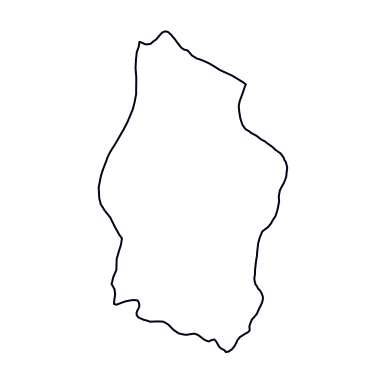 the district of Karluway #2, Maryland, Liberia, rotated 114°
{"feature_id": "62588387B3504103493017", "entity_name": "Karluway #2", "entity_type": "district", "adm_level": 2, "iso_a3": "LBR", "parent_name": "Liberia", "parent_adm1": "Maryland", "projection": "albers", "projection_center": [-7.68, 4.692], "detail": "fine", "context": "isolated", "style": "outline", "palette": "ink", "viewbox_px": 384, "rotation_deg": 114, "n_neighbors": 0, "source": "geoboundaries", "source_scale": "gbopen_adm2", "svg_char_len": 2761}
<svg xmlns="http://www.w3.org/2000/svg" viewBox="0 0 384 384"><g transform="rotate(114 192 192)"><path d="M76.3,301.0L77.5,300.7L81.1,299.7L86.4,299.4L93.4,297.2L101.5,294.1L110.0,289.5L120.4,285.0L125.7,282.7L130.2,281.7L134.1,280.8L140.8,279.7L154.8,279.4L162.7,279.9L174.0,281.1L175.5,281.2L180.2,281.8L187.0,282.8L188.5,283.0L194.4,283.3L198.8,282.9L206.0,282.6L210.4,282.2L214.0,281.8L218.9,280.7L225.8,279.1L231.9,276.0L235.4,274.2L239.0,271.4L240.1,270.6L244.5,264.2L248.4,256.5L254.9,248.7L257.5,245.2L260.6,241.1L262.9,237.1L269.4,235.4L275.8,234.7L277.1,234.5L283.5,233.6L284.0,233.5L294.0,229.4L301.9,229.3L307.0,228.3L308.6,228.2L309.7,226.8L312.5,223.1L317.0,220.5L320.2,219.6L323.8,218.6L326.0,217.6L325.7,215.2L321.4,210.9L319.0,208.3L316.2,204.4L314.3,201.1L313.2,197.6L314.4,195.8L316.8,194.1L318.4,193.5L320.2,193.5L323.0,193.7L325.1,193.5L327.1,192.3L328.4,189.9L328.4,184.9L328.4,184.0L327.9,181.6L327.5,177.5L324.0,170.3L322.2,165.7L322.3,162.7L322.9,159.2L323.3,158.3L325.5,152.8L326.6,146.4L325.6,141.8L324.8,139.1L320.6,132.6L320.2,130.3L320.2,128.6L320.7,125.7L321.5,122.7L321.8,121.5L322.0,118.3L321.7,115.9L318.9,113.5L317.7,111.3L319.1,108.6L321.3,105.7L322.4,104.0L323.2,101.6L323.3,98.2L324.4,96.0L323.0,93.8L319.6,91.6L315.6,90.5L312.4,90.2L308.9,90.2L305.0,89.2L300.2,86.0L297.5,83.9L296.6,83.5L295.6,83.1L293.8,83.5L291.6,84.9L288.5,85.3L284.1,85.4L281.0,84.3L277.0,83.2L273.7,83.2L270.7,83.2L267.4,83.0L264.1,83.1L260.9,83.7L258.7,84.8L256.3,87.1L254.3,89.9L253.3,92.5L251.8,94.2L250.5,96.5L247.8,98.6L245.7,99.9L241.1,101.2L237.6,102.7L233.4,104.0L229.7,105.2L223.7,106.8L218.9,108.5L211.8,110.7L205.9,111.6L199.8,111.7L199.4,111.7L196.2,110.0L193.3,108.3L189.0,107.1L185.3,106.8L179.9,105.9L174.8,106.5L170.4,107.3L167.8,108.0L166.4,108.3L165.3,108.5L161.1,110.8L157.3,111.8L154.7,112.4L150.7,112.2L146.9,111.8L141.9,111.9L140.1,112.2L139.1,112.3L136.1,113.4L133.2,114.2L131.1,114.9L129.2,116.3L126.4,118.5L125.4,120.3L123.3,122.4L121.9,124.5L120.7,127.0L120.0,130.5L119.5,133.2L118.6,135.4L117.8,138.3L116.9,143.0L116.2,145.6L116.1,146.3L115.8,150.5L114.8,154.4L114.5,155.4L114.4,156.6L114.0,161.6L113.4,163.8L112.8,168.7L110.4,172.9L107.9,175.3L104.7,178.1L102.5,179.5L99.1,181.7L94.4,184.3L89.5,185.4L81.3,185.9L73.7,186.6L72.6,186.6L71.8,186.6L70.9,190.6L69.5,201.6L69.4,202.2L69.3,209.8L69.3,210.2L69.3,211.8L69.2,216.6L68.5,221.0L68.3,222.0L67.5,229.0L67.5,235.7L67.7,238.8L68.1,241.5L67.3,247.6L65.8,250.7L64.5,253.6L65.1,257.4L65.0,257.9L64.6,260.3L62.4,264.5L61.9,265.5L59.4,269.8L56.7,275.4L55.6,279.0L56.0,281.5L57.2,282.9L58.7,284.2L63.8,285.8L65.4,286.3L67.1,286.7L70.0,288.5L73.3,290.0L74.7,291.8L75.6,293.8L76.0,294.3L76.0,298.0L76.1,300.2L76.3,301.0Z" fill="none" stroke="#020617" stroke-width="2"/></g></svg>